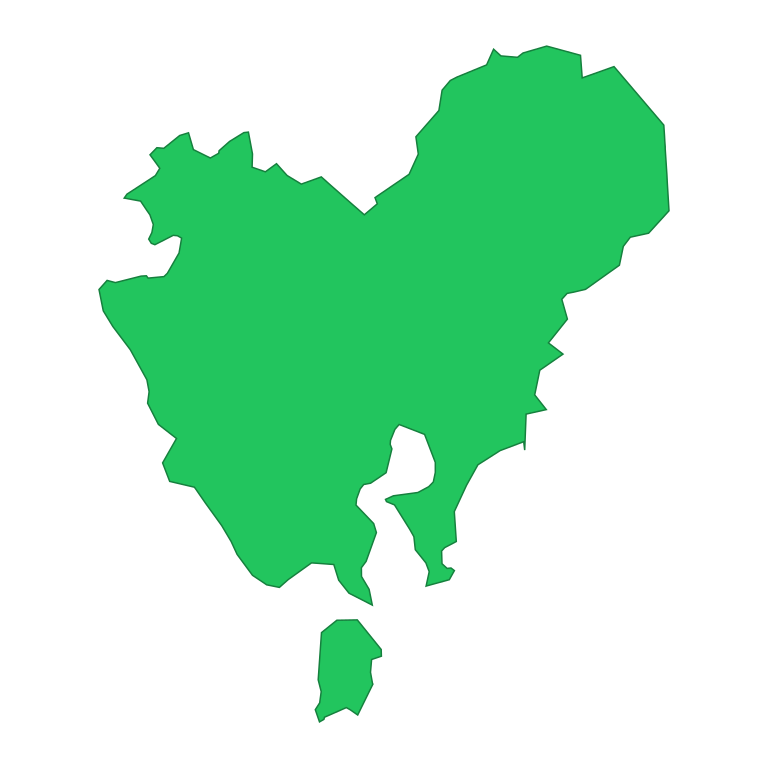 the district of Dorchester, Maryland, United States of America
{"feature_id": "52423323B10442929932087", "entity_name": "Dorchester", "entity_type": "district", "adm_level": 2, "iso_a3": "USA", "parent_name": "United States of America", "parent_adm1": "Maryland", "projection": "mercator", "projection_center": [-76.061, 38.409], "detail": "fine", "context": "isolated", "style": "filled", "palette": "green", "viewbox_px": 768, "rotation_deg": 0, "n_neighbors": 0, "source": "geoboundaries", "source_scale": "gbopen_adm2", "svg_char_len": 2531}
<svg xmlns="http://www.w3.org/2000/svg" viewBox="0 0 768 768"><path d="M450.3,80.5L442.1,90.2L438.9,110.5L415.9,136.8L418.3,154.1L409.1,174.3L375.0,197.6L377.3,203.8L375.9,205.0L364.3,214.8L350.1,202.4L330.7,185.3L321.3,176.9L301.3,184.1L287.1,175.5L276.5,163.7L265.4,171.8L252.1,167.2L252.5,154.0L248.4,132.1L243.9,132.6L229.6,141.4L219.1,150.7L218.7,153.3L210.3,158.0L193.4,149.6L188.5,132.8L179.7,135.5L163.8,148.3L156.9,147.7L150.0,154.8L156.3,163.4L159.8,168.3L155.4,175.6L139.8,185.8L127.0,194.1L124.2,198.1L140.6,201.1L146.7,210.2L149.9,214.8L153.3,224.5L151.9,232.5L148.7,239.1L151.3,243.3L154.9,244.7L173.3,235.3L175.6,235.6L176.3,235.6L177.6,235.8L181.6,238.1L180.0,247.6L179.0,253.2L178.4,254.1L167.3,273.4L165.6,275.0L164.0,276.6L148.1,278.1L146.4,275.8L141.1,276.1L115.4,282.6L107.1,280.4L99.0,289.5L102.9,309.0L103.3,310.9L112.9,326.6L130.3,349.7L146.9,379.8L149.1,391.7L147.6,403.2L158.4,424.4L176.5,438.5L162.6,462.9L169.7,481.4L194.4,487.2L196.0,489.4L199.3,494.2L205.6,503.3L220.2,523.5L221.7,525.6L229.9,539.4L231.1,541.4L237.1,554.4L252.5,575.3L265.5,584.0L266.6,584.8L279.4,587.4L288.2,579.6L311.5,562.9L316.1,563.2L333.8,564.5L338.7,580.2L349.0,593.2L372.3,605.1L369.1,589.3L361.5,576.5L361.4,567.7L366.1,561.4L376.4,532.6L373.7,523.6L356.0,505.1L356.6,498.8L360.2,488.9L363.7,484.5L370.6,483.2L386.1,472.7L391.9,448.9L390.2,444.4L390.5,440.4L394.9,429.4L399.1,424.5L424.6,434.4L435.3,462.4L435.3,472.5L433.3,482.0L428.7,486.7L417.9,492.5L393.4,495.8L385.5,499.4L386.5,501.6L394.5,504.9L409.8,529.4L412.1,533.5L413.9,536.7L415.3,549.7L425.9,562.9L429.2,571.7L426.1,586.1L426.7,585.9L449.3,579.7L454.4,570.6L451.0,568.0L447.1,568.4L442.0,563.7L441.6,551.0L444.7,547.6L456.3,541.5L454.3,511.6L466.5,485.3L477.9,464.8L500.1,450.6L523.7,441.7L523.7,441.8L524.7,450.1L526.1,414.1L546.3,409.6L534.7,394.9L539.8,370.2L563.0,354.1L548.4,342.9L567.4,319.1L561.8,299.3L567.1,293.4L573.8,292.1L585.6,289.3L619.4,265.2L623.3,246.4L630.3,237.2L648.6,233.2L669.0,210.8L667.3,182.8L666.9,174.8L665.2,148.7L665.2,146.9L664.8,141.2L664.5,135.6L663.8,125.1L614.0,66.6L582.2,77.9L580.5,55.3L546.7,46.1L523.0,53.0L517.5,57.3L500.9,55.9L493.6,49.2L486.6,64.9L457.1,77.0L450.3,80.5ZM372.9,684.1L372.5,683.3L372.4,682.9L370.5,672.3L371.6,659.5L381.4,656.2L381.2,649.5L357.3,619.9L340.2,620.2L336.9,620.2L321.5,632.6L318.2,679.8L321.2,691.6L319.8,702.0L319.7,702.8L315.3,709.7L319.5,721.9L323.9,719.4L324.5,717.2L328.2,715.6L346.3,707.6L350.1,709.7L357.7,715.0L372.9,684.1Z" fill="#22c55e" stroke="#15803d" stroke-width="1.5"/></svg>